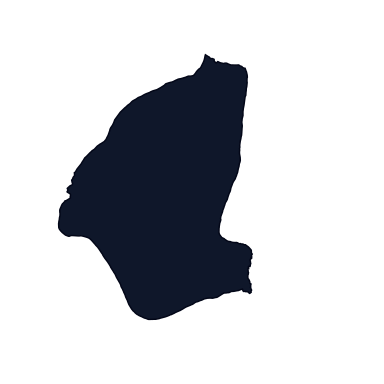 outline of May Aini, Debub, Eritrea, rotated 306°
{"feature_id": "51966322B38754897924097", "entity_name": "May Aini", "entity_type": "district", "adm_level": 2, "iso_a3": "ERI", "parent_name": "Eritrea", "parent_adm1": "Debub", "projection": "mercator", "projection_center": [39.05, 14.783], "detail": "fine", "context": "isolated", "style": "filled", "palette": "ink", "viewbox_px": 384, "rotation_deg": 306, "n_neighbors": 0, "source": "geoboundaries", "source_scale": "gbopen_adm2", "svg_char_len": 5962}
<svg xmlns="http://www.w3.org/2000/svg" viewBox="0 0 384 384"><g transform="rotate(306 192 192)"><path d="M310.9,122.2L310.0,122.5L307.4,123.7L305.6,124.4L303.7,124.9L297.3,126.0L295.9,125.4L294.7,125.2L293.6,125.0L291.6,124.9L290.1,125.0L287.5,124.8L287.0,124.6L286.3,124.1L284.9,122.8L283.8,121.2L283.1,120.6L281.1,119.4L277.3,116.5L275.1,114.4L274.3,114.1L273.3,113.4L270.1,111.8L269.1,111.1L268.0,110.1L266.6,109.0L265.5,108.2L264.3,107.3L263.7,107.1L262.1,106.9L259.1,105.7L258.5,105.5L254.2,103.5L250.8,100.9L249.0,99.8L247.6,99.2L244.6,97.2L242.6,96.1L239.6,94.8L236.8,93.0L234.4,92.2L230.8,90.5L229.6,90.2L227.0,89.9L224.4,89.0L221.6,88.5L220.7,88.2L214.4,87.1L205.0,87.1L203.9,87.4L202.2,87.9L199.5,88.4L196.3,88.5L194.6,88.8L193.3,89.4L190.3,90.3L188.6,90.8L187.3,91.0L185.8,91.2L183.8,91.6L182.7,91.4L181.3,91.4L178.6,90.3L177.7,90.0L176.8,89.5L174.6,88.8L173.5,88.4L169.2,87.9L166.6,86.9L165.6,86.8L163.7,86.4L158.7,85.7L156.5,85.2L153.6,85.5L152.4,85.5L149.6,85.8L145.3,85.6L143.0,85.5L141.3,85.7L139.7,85.9L138.4,85.5L137.5,86.4L137.1,86.6L136.6,87.1L135.9,87.3L134.0,87.2L132.5,87.7L130.9,87.7L129.4,89.3L128.6,90.4L128.0,90.7L127.5,90.8L127.2,90.8L125.3,89.7L121.9,89.0L121.4,89.1L121.1,89.9L120.6,90.5L118.8,90.8L118.6,91.1L118.9,94.3L118.4,95.3L117.5,95.9L116.5,96.3L115.8,97.1L114.0,96.5L110.7,95.1L110.3,94.5L109.3,94.7L108.6,94.5L107.2,94.4L106.6,94.2L105.8,94.2L104.5,94.4L101.2,95.2L100.5,95.3L99.3,95.9L98.7,96.5L98.2,96.7L97.4,97.6L95.4,99.0L93.1,100.0L91.8,100.8L90.0,101.6L89.2,102.1L88.3,102.5L87.6,103.0L85.2,104.9L84.8,105.3L84.2,106.2L83.9,106.9L83.5,108.2L83.3,108.9L83.3,109.6L83.0,110.5L82.8,114.0L82.8,115.0L83.0,115.8L83.5,117.7L83.9,118.6L84.7,119.1L85.4,119.5L85.9,120.0L86.6,121.0L87.2,121.9L87.7,122.7L88.2,123.5L89.2,125.1L90.2,126.6L91.0,127.4L91.8,128.7L92.8,131.3L93.7,133.8L94.0,135.1L94.2,136.1L94.1,137.4L94.0,138.5L93.6,140.5L92.9,143.5L92.8,144.2L92.4,145.4L91.9,148.3L91.7,148.7L91.3,150.0L89.5,154.8L89.3,155.7L88.7,156.7L87.9,158.5L87.7,159.1L87.2,160.4L85.8,165.0L85.1,166.7L84.8,167.6L84.5,168.2L84.1,169.3L83.4,170.4L82.7,172.1L81.7,174.7L81.1,176.0L80.5,177.7L80.0,178.7L78.7,180.9L78.1,182.2L75.8,187.4L74.9,189.0L74.0,190.0L73.6,190.6L72.6,192.9L71.7,194.3L71.5,194.8L70.9,195.6L69.5,198.2L68.1,200.1L67.0,202.1L66.4,203.3L65.4,204.7L63.9,207.1L61.9,211.8L61.2,214.3L61.2,215.4L60.8,217.3L60.7,219.6L60.9,220.6L60.9,221.4L61.0,222.1L61.3,223.5L61.6,224.7L61.9,226.8L62.2,227.9L62.7,229.2L63.2,231.2L63.5,231.9L64.9,233.7L65.3,234.2L66.2,235.4L67.0,236.4L67.8,237.5L69.1,238.7L70.2,239.8L71.2,240.4L73.5,242.3L75.5,243.9L77.1,245.0L79.0,246.2L79.8,246.5L80.5,247.2L83.6,248.9L84.6,249.3L86.7,250.5L87.2,250.8L88.2,251.4L89.5,252.2L90.3,252.5L91.8,253.2L93.6,253.9L95.4,254.7L97.2,255.8L99.1,257.0L100.4,257.7L101.4,258.4L102.7,258.9L104.1,259.3L105.7,260.1L106.0,260.5L106.9,261.2L109.1,262.5L109.7,263.0L110.4,263.5L112.1,264.4L112.7,264.7L114.6,266.4L115.4,267.1L117.0,269.2L118.3,271.2L119.6,272.3L120.2,272.8L121.4,274.0L122.1,274.4L127.9,276.7L128.5,277.0L128.8,277.0L130.0,278.4L130.4,278.9L131.7,280.2L132.0,280.7L132.7,281.3L134.2,282.0L135.0,282.6L135.6,283.5L137.4,285.3L138.5,286.3L139.5,287.4L140.3,287.9L141.9,288.9L143.1,289.9L142.0,291.4L141.9,292.2L142.9,293.5L142.9,294.0L143.3,294.4L144.1,296.0L143.8,297.9L143.9,298.3L144.6,298.5L145.2,298.5L145.5,298.8L145.8,298.7L146.2,298.2L146.7,298.0L147.6,297.9L147.9,297.5L147.9,297.1L148.1,296.7L148.5,296.5L148.8,296.2L148.8,295.9L149.0,295.5L149.8,295.3L150.2,294.7L151.1,294.3L151.6,294.2L152.0,293.8L152.3,293.5L152.0,293.2L152.1,292.6L152.3,292.4L153.4,291.4L154.2,290.2L154.7,289.1L154.7,288.6L154.9,288.2L155.5,287.6L156.0,287.1L157.0,286.5L157.4,286.1L157.7,286.0L158.4,285.9L158.8,285.7L160.1,285.0L160.3,284.5L160.5,284.3L161.6,283.4L162.0,282.8L162.4,282.5L162.7,282.4L163.3,282.9L163.8,282.1L164.2,282.1L164.5,281.9L164.7,281.6L165.1,281.5L165.7,282.6L166.3,282.6L167.5,281.9L168.6,281.6L169.9,280.2L170.5,279.8L170.7,279.3L171.0,279.0L171.5,278.8L172.2,278.9L172.5,278.6L172.9,278.4L173.1,279.1L173.4,279.2L174.0,278.9L174.3,278.1L174.9,278.2L175.3,277.8L175.7,277.2L176.1,277.1L176.6,277.3L177.2,277.2L177.3,276.6L177.8,275.7L179.4,274.5L179.9,273.8L180.7,270.0L180.7,269.2L180.7,268.0L180.7,267.6L180.7,266.7L180.7,266.2L180.1,265.4L180.0,265.1L179.8,263.7L179.0,262.7L178.8,261.6L178.3,261.2L177.9,260.4L177.6,258.4L177.1,257.3L176.7,257.0L175.8,255.6L175.1,254.4L174.7,253.4L174.5,252.7L174.4,252.2L173.4,250.4L173.1,249.2L173.0,246.4L173.0,246.1L173.1,245.8L173.1,245.2L172.7,243.2L172.7,242.7L173.7,239.5L174.5,238.2L175.6,237.2L177.5,235.9L178.0,235.5L179.3,234.8L179.9,234.4L183.0,232.8L185.3,232.1L186.5,231.6L187.0,231.0L187.6,230.5L189.1,229.7L193.9,228.3L195.4,227.6L198.2,226.9L199.1,226.5L200.4,226.2L202.9,225.3L204.4,225.2L206.6,224.9L209.3,223.9L213.3,222.7L213.9,222.7L215.5,222.3L218.3,221.0L221.0,220.3L223.0,219.7L224.6,219.4L228.2,219.2L229.3,218.8L231.5,218.3L232.8,217.8L234.5,217.4L237.7,215.9L239.0,215.4L240.2,215.0L242.6,213.7L244.4,213.2L246.1,212.4L248.3,210.6L249.0,209.9L250.7,208.1L252.2,206.9L253.8,206.0L255.1,204.9L256.3,204.4L257.9,203.1L259.9,202.0L261.6,201.1L263.8,200.2L265.5,199.3L267.1,198.7L269.5,197.2L272.8,195.1L275.0,193.8L276.6,192.3L277.8,191.2L279.8,190.1L280.5,189.6L283.8,188.3L286.9,186.0L289.8,184.4L292.6,183.1L300.4,178.9L301.4,178.8L301.8,178.7L304.3,177.1L306.1,176.1L307.6,175.1L309.3,174.4L310.2,173.9L312.9,172.3L314.1,171.2L316.3,169.7L317.4,169.3L319.0,167.9L321.3,165.3L321.5,164.8L322.5,163.4L323.3,162.2L322.7,161.1L322.5,159.8L322.8,158.5L322.4,157.2L322.2,156.5L322.3,155.6L322.1,154.9L320.8,153.4L317.6,148.8L317.3,147.8L316.8,145.8L316.7,144.9L316.3,143.8L315.5,142.8L314.6,142.2L313.4,139.5L313.0,138.4L312.8,136.9L312.6,136.2L311.3,135.9L310.6,135.7L310.6,134.7L310.8,134.1L310.8,133.2L312.3,131.9L312.2,131.2L311.8,129.8L310.8,128.7L310.8,128.3L311.1,127.6L311.3,126.6L311.1,125.5L310.9,122.2Z" fill="#0f172a" stroke="#020617" stroke-width="1.5"/></g></svg>